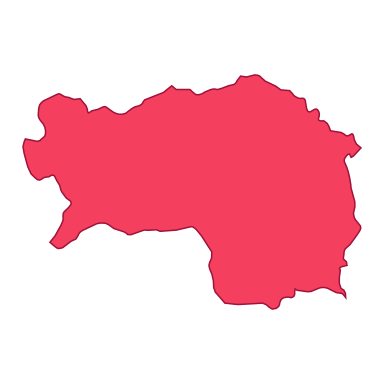 map outline of Steiermark (orthographic projection)
{"feature_id": "AUT-2323", "entity_name": "Steiermark", "entity_type": "State", "adm_level": 1, "iso_a3": "AUT", "parent_name": "Austria", "parent_adm1": "", "projection": "orthographic", "projection_center": [15.015, 47.22], "detail": "fine", "context": "isolated", "style": "filled", "palette": "rose", "viewbox_px": 384, "rotation_deg": 0, "n_neighbors": 0, "source": "natural_earth", "source_scale": "10m", "svg_char_len": 3691}
<svg xmlns="http://www.w3.org/2000/svg" viewBox="0 0 384 384"><path d="M346.9,265.4L341.5,266.8L340.7,267.2L339.4,268.6L339.5,269.0L340.1,269.5L340.3,270.8L339.4,276.9L339.4,277.4L339.3,280.3L339.4,283.6L341.0,288.4L343.8,290.1L345.4,293.1L345.7,297.6L343.2,294.4L341.7,293.4L339.1,293.0L336.3,292.6L327.3,288.1L323.6,287.4L319.9,287.8L314.8,289.9L310.9,291.5L307.4,291.7L297.2,290.3L295.1,289.0L294.7,291.9L294.7,294.4L294.0,296.1L293.3,296.6L292.6,297.2L290.9,297.7L288.9,297.1L286.1,297.2L283.2,297.9L281.2,299.5L279.9,302.3L279.8,302.6L279.5,304.5L279.0,305.6L278.7,306.4L276.2,308.4L272.2,309.1L269.2,307.2L268.6,306.7L266.2,304.6L262.3,303.1L254.9,303.6L238.0,304.5L233.7,304.1L224.8,303.1L224.7,303.0L223.6,301.6L215.3,292.1L213.7,287.5L213.4,281.0L211.9,274.2L209.9,269.5L209.2,266.9L209.0,265.2L209.2,264.1L209.9,261.8L210.8,260.0L211.6,257.7L211.8,251.9L201.5,235.9L196.3,229.5L194.3,227.9L193.0,227.0L191.0,226.7L176.3,230.1L160.1,231.3L156.5,229.8L147.9,230.3L144.3,230.0L130.9,234.7L128.5,234.6L127.3,234.4L127.0,233.8L125.7,232.7L123.4,231.6L114.0,228.6L108.8,224.8L105.4,223.2L100.7,223.0L96.8,223.7L82.4,230.5L80.3,232.0L79.2,233.3L78.6,234.2L78.0,235.6L75.9,239.0L71.0,241.3L62.8,247.6L60.4,248.3L58.0,248.5L56.8,247.9L55.0,246.6L49.9,242.3L55.1,235.8L60.9,225.4L62.5,221.7L63.2,219.5L63.0,215.7L63.3,213.2L64.4,211.5L68.3,207.8L70.9,204.6L71.2,202.6L70.2,200.9L66.3,198.1L62.1,192.4L61.1,190.6L60.5,188.6L60.1,186.9L59.5,185.1L56.7,180.5L54.6,176.2L52.9,175.0L50.9,175.6L48.9,176.8L45.2,177.2L43.0,178.1L41.2,179.5L39.3,180.1L37.4,179.6L35.2,177.9L31.1,173.9L27.8,166.8L24.2,153.7L23.0,146.8L23.3,145.3L24.2,141.7L25.4,138.9L37.4,141.4L38.7,140.8L40.3,140.5L40.7,139.7L44.0,136.9L44.6,136.3L45.0,135.5L45.5,133.4L45.5,130.8L45.0,127.7L43.8,125.0L42.8,123.4L41.2,121.5L39.8,119.6L38.7,117.6L38.3,115.6L38.3,113.7L38.6,109.9L38.9,107.5L39.7,104.8L41.4,102.6L43.6,100.8L57.6,94.1L59.1,93.8L60.2,94.1L63.4,96.0L65.1,96.8L69.0,97.5L72.4,98.9L74.4,99.4L80.1,98.7L86.0,105.7L87.4,109.4L87.5,110.9L88.2,112.8L89.0,112.8L91.6,110.9L98.0,109.3L102.9,107.0L104.7,106.6L105.9,106.9L113.2,112.1L116.0,113.4L118.6,114.2L122.5,114.2L125.7,113.3L131.5,108.8L134.8,106.9L138.9,105.8L141.2,104.6L142.6,103.2L143.1,101.9L144.6,99.9L163.4,92.5L171.7,85.8L176.2,89.5L189.7,89.5L190.5,89.9L191.7,91.2L195.6,94.5L198.3,94.8L201.6,94.0L204.8,92.1L210.1,89.8L212.7,89.1L214.6,89.0L216.8,89.4L218.1,89.4L222.1,88.2L228.7,85.7L233.7,84.5L235.1,83.7L236.4,82.2L237.1,80.7L240.6,76.1L246.0,76.9L246.9,76.9L254.8,74.9L257.5,75.2L259.6,76.0L265.0,81.0L275.8,86.2L280.9,89.9L289.6,90.6L292.3,93.4L293.9,95.6L295.7,96.8L298.2,98.1L299.7,98.4L301.0,98.4L302.1,98.2L303.8,98.5L304.7,99.3L305.3,100.7L306.2,106.3L306.6,108.5L307.7,111.1L308.9,111.9L310.3,111.8L314.6,109.3L316.3,109.0L317.3,109.6L318.0,110.3L318.8,111.8L319.0,112.5L319.3,113.6L319.3,114.8L319.2,116.2L318.6,118.1L318.5,118.9L318.8,120.2L319.6,120.7L320.6,120.9L323.8,120.8L327.2,123.4L328.9,126.4L330.5,130.8L341.2,132.5L344.4,134.3L345.6,135.4L346.7,135.8L347.6,135.9L348.9,135.4L351.9,133.8L352.6,134.1L353.0,134.6L353.4,135.5L353.8,136.9L354.0,138.3L354.1,139.1L355.0,141.2L356.4,144.0L361.0,147.9L353.5,156.0L351.1,157.4L350.6,156.5L350.2,155.2L349.5,154.1L347.9,154.4L346.6,155.7L344.6,158.5L344.2,160.1L344.4,161.8L346.8,167.3L348.3,172.1L349.6,177.5L350.8,184.8L351.0,187.8L354.8,201.8L354.9,207.0L353.5,213.0L353.7,215.0L354.3,217.7L355.5,219.8L360.4,225.9L360.7,227.5L360.6,228.8L359.7,230.9L356.3,236.0L350.0,244.6L345.3,248.8L344.4,250.6L344.0,252.5L343.9,254.4L343.4,257.7L343.5,258.9L344.2,259.8L345.8,261.1L346.4,261.9L346.6,262.4L346.8,264.5L346.8,265.3L346.9,265.4Z" fill="#f43f5e" stroke="#9f1239" stroke-width="1.5"/></svg>